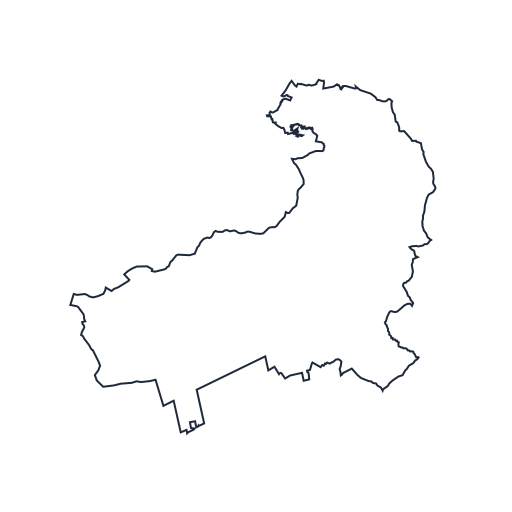 Moldovenesti, Cluj, Romania, rotated 166°
{"feature_id": "2599482B7111939977002", "entity_name": "Moldovenesti", "entity_type": "district", "adm_level": 2, "iso_a3": "ROU", "parent_name": "Romania", "parent_adm1": "Cluj", "projection": "albers", "projection_center": [23.672, 46.466], "detail": "fine", "context": "isolated", "style": "outline", "palette": "slate", "viewbox_px": 512, "rotation_deg": 166, "n_neighbors": 0, "source": "geoboundaries", "source_scale": "gbopen_adm2", "svg_char_len": 6079}
<svg xmlns="http://www.w3.org/2000/svg" viewBox="0 0 512 512"><g transform="rotate(166 256 256)"><path d="M211.4,389.8L211.3,388.8L207.8,387.9L207.8,384.9L207.0,384.9L207.3,381.6L204.7,380.7L205.4,379.9L203.3,376.9L200.3,374.0L198.4,373.7L197.9,371.6L197.9,368.3L195.4,368.0L195.4,366.6L190.8,366.6L189.1,364.5L189.8,366.2L189.6,366.4L186.8,363.6L187.8,362.7L186.5,361.6L186.1,361.9L186.9,363.1L186.5,363.4L182.7,361.3L181.4,361.8L186.4,364.2L187.7,366.1L187.9,366.8L187.7,367.4L187.1,366.4L186.9,366.7L186.4,366.0L186.0,366.2L186.4,366.9L186.2,367.3L184.4,365.8L185.4,367.1L185.7,368.2L184.8,369.8L188.9,368.3L191.3,369.3L191.5,369.8L191.1,370.6L191.0,370.3L190.5,370.8L189.9,370.0L190.2,370.6L189.5,370.8L190.3,370.9L190.4,371.5L189.4,372.3L190.7,372.3L191.3,372.9L191.2,373.4L189.6,373.7L189.9,373.1L189.1,372.5L187.8,373.2L189.1,373.1L188.6,373.9L188.9,374.2L183.8,373.7L184.3,374.2L183.6,374.2L182.5,373.2L182.7,372.7L182.4,372.2L180.3,371.7L180.2,371.2L181.1,370.0L180.5,368.4L179.8,368.8L179.4,368.4L179.1,369.8L178.2,370.1L177.4,369.9L177.7,368.3L176.8,367.1L176.0,367.7L175.4,367.0L174.7,367.1L174.5,367.8L173.8,367.9L172.1,366.1L172.3,367.3L170.7,366.5L170.6,367.8L170.3,365.5L170.9,364.1L171.0,363.0L170.2,361.4L168.3,359.6L167.5,357.7L170.2,352.8L164.7,350.4L163.2,348.3L163.6,347.4L163.0,346.6L163.3,345.2L164.4,344.1L164.6,342.6L166.0,341.7L172.4,343.4L179.6,342.6L181.3,341.5L187.4,339.9L192.3,340.8L194.1,340.3L197.6,341.6L196.6,336.9L195.1,334.8L193.2,329.1L193.2,327.9L191.6,320.2L191.5,318.1L192.3,314.4L196.5,311.3L198.2,310.6L199.8,308.9L201.2,305.1L201.3,302.7L204.8,295.1L208.9,293.3L213.2,289.8L214.7,289.9L216.4,291.4L218.7,287.1L224.8,283.4L228.9,280.0L231.0,279.5L234.7,280.3L236.8,280.1L243.5,276.2L246.2,276.4L251.2,278.0L256.8,281.3L259.1,281.8L260.4,281.3L265.1,281.6L267.5,282.8L269.5,285.1L271.2,286.1L275.2,286.2L278.1,288.3L280.3,288.3L282.5,287.5L286.7,288.5L289.4,290.1L291.1,289.2L293.7,286.1L295.1,285.1L296.8,284.7L298.8,285.7L302.8,285.2L306.5,282.7L308.9,279.7L310.7,278.7L314.8,273.1L320.1,272.8L331.5,276.2L333.2,275.9L338.9,271.5L340.3,271.1L343.2,267.1L345.0,266.8L346.3,265.6L347.9,265.2L357.8,265.2L360.7,266.6L359.9,268.3L364.1,272.3L374.2,274.6L379.4,273.8L384.2,272.2L388.3,270.0L384.7,263.5L385.6,262.7L397.2,259.0L401.7,258.4L404.6,257.0L409.4,261.7L410.5,259.3L413.2,256.2L418.9,255.3L423.9,255.2L427.4,257.0L428.9,258.8L431.2,260.5L439.2,261.6L442.0,263.3L448.0,253.4L442.0,250.6L440.8,249.3L437.5,241.3L437.5,238.5L438.0,236.9L437.5,233.9L440.6,234.0L440.8,232.4L439.9,230.4L439.9,228.2L443.5,224.1L444.8,221.7L443.3,220.0L442.8,217.6L439.4,209.7L438.7,206.6L437.9,204.7L437.1,204.2L434.4,191.9L433.8,187.3L436.6,183.3L441.2,179.4L440.6,173.7L435.9,166.1L425.2,164.8L417.9,164.8L407.4,163.0L402.1,163.3L398.1,161.5L389.3,160.3L383.4,160.2L382.1,133.0L370.9,135.5L371.7,103.1L365.5,104.1L365.7,100.6L364.5,101.4L358.5,102.6L357.3,103.5L360.7,104.8L360.3,110.7L355.1,110.4L355.4,104.2L353.5,104.6L352.8,105.4L352.7,104.9L346.8,106.1L345.9,140.6L271.3,156.4L271.7,142.0L264.9,144.1L262.3,135.9L261.8,136.5L260.2,136.6L259.6,135.9L257.4,130.1L251.7,131.8L239.6,131.5L239.9,123.4L234.2,123.4L233.3,129.9L234.3,131.0L234.2,132.4L231.2,132.4L228.0,137.9L227.0,139.0L220.2,132.5L218.1,134.2L216.8,133.1L215.1,135.0L214.2,134.3L212.8,135.4L210.4,133.7L208.7,134.4L207.0,134.5L203.4,136.2L201.0,135.9L199.4,134.3L198.7,132.8L200.4,128.7L202.2,126.1L202.1,123.4L202.6,119.6L201.1,120.2L200.1,121.3L190.3,123.6L186.3,115.9L183.6,112.2L177.0,107.4L174.5,106.4L173.2,104.5L170.3,103.2L169.5,100.9L166.6,98.1L165.7,94.7L165.0,95.9L159.7,97.9L157.5,100.1L153.3,102.3L147.0,104.6L142.6,104.9L139.0,108.8L136.9,110.0L134.1,112.6L129.3,114.0L127.0,116.0L124.5,116.8L122.8,118.2L122.9,118.6L125.1,119.0L125.8,122.5L126.6,123.7L126.5,125.0L126.8,125.4L129.8,126.3L130.0,127.1L131.7,127.8L131.8,128.9L133.4,130.5L135.3,130.7L136.0,131.8L137.3,132.1L138.1,133.0L139.4,133.7L139.3,135.6L138.4,137.6L139.0,137.8L139.6,139.6L140.2,139.4L141.0,140.2L141.1,141.3L143.3,141.8L143.5,142.3L143.2,143.3L144.6,143.8L144.3,144.7L144.5,145.8L145.8,147.5L145.3,148.3L145.4,150.0L146.1,151.4L145.5,153.2L146.1,156.1L145.9,157.2L146.7,158.3L147.0,160.5L145.7,161.3L143.4,165.2L140.5,168.8L139.1,169.8L137.9,169.7L135.0,168.0L132.3,167.9L123.4,172.4L120.1,172.9L117.7,172.2L116.7,169.9L114.9,172.3L116.6,176.1L116.8,178.6L118.2,180.7L118.4,184.5L120.6,191.5L119.6,193.5L118.7,194.1L116.9,193.8L115.7,194.8L113.7,195.2L109.8,198.1L107.5,203.1L107.0,209.9L105.5,211.9L104.4,215.0L99.4,215.8L101.3,217.4L101.5,220.7L101.2,222.0L101.6,223.2L103.7,225.1L104.9,227.5L102.4,227.7L98.1,227.0L96.1,226.0L91.5,225.8L89.6,226.7L87.3,226.2L86.0,226.7L83.8,228.6L82.2,229.2L84.8,232.4L85.5,236.9L86.9,240.0L87.2,245.2L86.6,246.8L86.6,248.5L84.8,252.1L84.3,254.6L81.9,258.3L79.8,264.3L76.0,271.1L73.5,273.9L68.8,275.1L65.9,277.7L65.4,278.6L65.6,280.8L66.4,282.9L66.4,284.6L64.9,288.0L64.0,294.8L65.1,298.3L66.8,300.9L68.3,306.2L69.0,314.4L68.2,316.4L69.1,319.2L68.7,325.6L72.7,328.1L72.9,329.1L76.7,329.9L77.4,332.4L82.0,341.3L86.0,342.1L86.8,343.2L86.1,345.2L86.0,347.0L86.6,351.6L87.7,352.3L87.9,353.0L87.2,359.4L88.4,362.8L88.4,367.6L87.6,371.6L86.5,373.2L88.3,375.9L89.8,376.1L91.7,374.9L93.5,374.8L95.9,375.5L98.7,377.5L100.6,378.0L101.8,381.4L105.4,385.8L114.8,391.8L118.1,396.2L118.0,394.5L119.5,394.5L127.9,399.3L130.5,399.8L130.6,399.1L131.4,398.4L131.8,399.0L132.5,398.9L132.8,397.8L133.1,398.4L133.5,396.6L133.7,399.6L134.2,401.2L135.4,401.9L134.9,402.2L135.9,403.0L139.5,401.6L150.2,402.2L147.9,408.2L147.9,409.7L149.9,410.0L152.5,411.8L155.9,408.7L155.9,408.2L158.5,407.9L161.1,408.0L163.4,409.4L164.8,409.1L166.2,409.4L170.6,412.1L170.9,411.8L173.8,413.0L175.7,410.6L176.9,412.0L179.1,417.3L181.6,415.4L187.3,409.4L192.4,405.4L190.7,404.1L187.1,404.8L186.5,404.4L186.4,403.5L183.1,401.2L185.2,398.7L189.5,401.6L192.5,401.2L192.9,401.1L193.0,400.1L194.2,399.8L194.0,399.2L195.4,398.5L195.2,397.6L199.7,392.9L199.7,392.5L204.5,391.2L205.6,391.4L207.0,392.6L207.3,392.0L208.1,391.9L208.6,389.3L211.4,389.8Z" fill="none" stroke="#1e293b" stroke-width="2"/></g></svg>